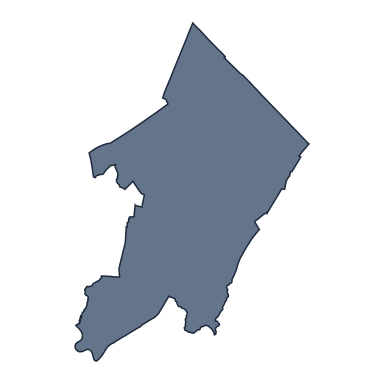 the district of Vi Thuy, Hau Giang, Vietnam
{"feature_id": "81297802B65836895267297", "entity_name": "Vi Thuy", "entity_type": "district", "adm_level": 2, "iso_a3": "VNM", "parent_name": "Vietnam", "parent_adm1": "Hau Giang", "projection": "robinson", "projection_center": [105.508, 9.801], "detail": "fine", "context": "isolated", "style": "filled", "palette": "slate", "viewbox_px": 384, "rotation_deg": 0, "n_neighbors": 0, "source": "geoboundaries", "source_scale": "gbopen_adm2", "svg_char_len": 5882}
<svg xmlns="http://www.w3.org/2000/svg" viewBox="0 0 384 384"><path d="M192.8,23.0L189.4,31.2L184.5,43.5L176.7,62.5L170.9,76.9L164.5,92.3L162.7,98.1L165.8,99.3L168.0,104.0L155.6,113.0L142.7,122.0L129.8,130.8L116.8,139.1L109.9,143.4L107.1,143.6L101.6,145.5L98.1,147.1L94.8,148.9L93.2,150.0L89.1,153.0L90.7,159.0L92.3,168.5L93.3,175.6L93.6,177.0L95.5,177.6L96.1,176.1L96.5,175.6L97.5,175.3L98.5,175.3L99.7,174.6L102.3,174.4L103.0,174.2L103.8,173.3L105.0,171.5L105.3,171.0L106.1,170.0L110.6,165.6L113.3,165.2L115.6,164.6L115.2,165.8L115.1,167.0L115.5,168.0L116.0,168.7L116.1,169.0L116.3,169.8L117.1,171.5L117.8,173.4L117.9,174.3L117.6,176.0L117.4,176.7L117.4,177.1L117.6,177.7L117.6,178.1L117.4,178.4L116.9,178.7L116.4,179.5L116.6,181.4L117.0,182.4L117.4,183.0L118.0,183.7L119.2,184.7L119.4,185.3L119.4,186.2L119.8,186.8L120.4,187.2L121.6,187.4L122.8,188.0L124.9,189.4L133.0,181.3L138.9,190.3L141.0,193.1L142.6,194.2L144.4,194.9L144.2,195.8L143.7,198.2L142.5,203.7L142.0,206.6L142.0,207.0L141.0,206.9L139.2,206.4L135.6,205.5L135.4,205.4L135.2,205.1L134.2,214.2L133.8,216.8L129.5,217.0L129.4,218.6L128.7,218.7L128.5,222.2L127.3,222.5L127.1,227.1L126.3,226.8L125.3,242.7L121.2,259.2L119.0,268.4L119.0,269.1L119.1,271.3L119.6,276.9L119.2,277.1L112.3,276.8L111.8,276.5L101.9,276.0L101.4,276.1L101.2,276.5L101.4,277.6L101.4,278.0L101.2,278.3L100.2,278.8L99.8,279.3L99.2,280.4L99.0,280.6L98.6,280.8L98.0,281.0L96.3,281.8L95.4,282.5L93.9,283.2L93.2,283.7L92.8,284.2L92.3,285.3L92.1,285.6L91.6,286.0L90.2,286.3L89.0,286.4L88.6,286.9L88.1,286.9L87.4,286.4L87.1,286.4L86.9,286.5L86.0,287.9L85.1,289.0L84.7,289.7L84.7,290.1L85.3,291.4L85.3,291.8L84.9,293.1L84.9,293.9L85.9,295.2L87.2,295.7L88.2,296.7L88.3,297.2L88.0,298.4L87.9,299.5L88.3,299.8L88.4,300.1L87.8,300.5L87.6,301.0L87.4,301.9L87.1,302.7L87.0,305.2L86.7,306.0L86.3,306.3L86.3,306.7L86.1,307.3L85.3,308.9L85.1,309.0L84.5,309.2L84.2,309.5L84.2,309.9L84.4,310.2L84.4,310.3L83.9,310.7L83.7,311.4L83.2,311.7L83.0,312.5L82.4,312.8L82.2,313.1L81.7,314.9L81.5,315.2L81.3,315.4L80.6,315.7L80.6,315.9L81.5,316.4L81.8,316.8L81.8,317.0L81.7,317.3L80.7,317.1L80.4,317.1L80.3,317.3L80.4,317.6L81.0,318.1L81.0,318.4L80.8,318.6L79.8,318.8L79.7,318.9L79.7,319.2L80.1,319.5L80.3,320.0L80.3,320.3L80.1,320.4L79.5,320.4L79.3,320.5L79.5,321.0L80.1,321.6L79.4,322.4L79.4,322.6L79.5,322.7L79.8,322.9L79.7,323.1L79.4,323.3L78.6,323.4L78.4,324.1L77.8,324.1L77.4,324.7L76.3,324.8L76.2,324.9L75.9,325.6L77.8,327.4L79.6,329.3L81.2,331.6L81.7,332.4L82.3,334.4L82.5,335.1L82.2,338.1L81.9,338.9L80.9,340.0L79.7,341.1L77.3,342.4L75.8,343.8L75.3,345.0L75.0,346.5L75.2,347.4L75.6,348.6L76.0,349.4L76.6,350.2L77.9,351.1L78.7,351.6L79.6,351.7L80.8,351.7L82.2,351.6L86.5,349.6L87.3,349.4L88.2,349.4L88.9,349.5L90.5,350.4L90.9,350.9L91.4,351.6L92.3,353.5L93.9,359.2L94.7,360.5L95.3,360.8L95.8,360.9L96.5,361.0L96.8,360.8L97.5,360.4L99.6,358.4L102.4,355.0L106.6,348.2L108.0,346.4L110.4,344.5L112.7,343.1L114.3,342.6L115.6,341.4L116.3,340.9L117.9,340.1L120.0,338.7L122.8,337.0L125.6,335.5L130.5,332.4L137.7,328.1L139.6,327.1L141.0,326.2L141.9,325.0L148.2,321.1L153.3,318.1L155.1,316.9L157.0,315.2L158.1,314.0L158.9,313.0L169.0,296.0L169.5,296.7L170.1,296.9L170.7,297.2L171.4,297.3L174.7,298.6L175.0,298.8L175.2,299.3L175.4,300.8L175.7,301.2L176.5,301.9L177.0,303.1L177.6,305.0L177.9,305.7L178.3,306.1L178.9,306.5L180.5,306.9L181.0,307.0L181.6,307.9L181.8,308.1L182.2,308.3L183.7,308.6L184.4,309.0L185.7,310.1L186.5,311.4L187.1,312.7L187.2,313.2L187.0,314.7L186.3,315.7L186.4,316.9L186.3,317.6L186.0,318.2L185.6,318.6L185.4,318.9L185.4,319.7L185.7,322.5L185.6,323.2L185.3,324.3L185.3,324.7L185.7,326.0L184.6,327.1L184.3,327.5L184.4,328.4L184.8,329.1L184.9,330.0L185.1,330.2L185.4,330.4L186.5,330.7L188.9,332.3L189.7,332.3L190.3,332.2L190.6,332.2L191.2,332.8L191.5,333.0L192.1,333.0L193.1,333.2L193.5,333.2L193.9,333.0L194.5,332.5L195.7,331.5L197.0,330.7L197.6,329.9L198.4,329.7L199.2,329.9L199.6,329.7L199.9,329.4L200.3,328.6L200.3,327.7L200.5,327.4L201.6,326.9L202.9,326.5L205.4,325.4L206.5,325.4L207.9,325.8L210.2,327.6L211.3,328.6L212.4,329.9L213.9,332.6L214.4,334.8L215.7,334.2L216.0,332.6L216.1,331.2L215.5,330.2L215.3,329.6L215.4,328.8L215.8,328.0L216.4,327.1L216.8,326.7L218.3,326.0L218.9,325.5L219.2,325.1L219.4,324.7L219.4,324.2L219.2,323.8L218.7,323.2L218.0,322.6L217.3,321.4L217.0,321.1L216.6,321.1L215.8,321.3L215.6,321.2L215.4,320.9L215.2,320.6L215.2,320.2L215.4,319.3L216.1,318.3L216.4,317.5L216.8,317.3L217.3,317.2L217.7,317.0L221.3,310.8L222.4,309.9L222.6,309.5L222.8,309.1L222.8,308.7L222.5,307.9L222.5,307.3L222.7,306.9L223.8,305.0L225.2,301.7L226.4,300.2L226.6,299.2L226.6,298.8L226.7,298.2L227.1,297.7L228.0,297.1L228.4,296.2L228.4,295.7L228.2,294.5L227.0,291.7L226.9,291.2L227.0,290.9L227.6,290.4L227.7,290.2L227.8,289.9L227.7,289.6L227.0,288.5L226.9,288.1L226.7,286.8L226.7,286.3L226.8,285.9L227.0,285.5L227.5,285.3L228.9,284.9L229.2,284.5L229.7,283.6L230.0,283.4L231.1,283.1L231.6,282.7L231.8,282.3L232.0,281.4L232.0,279.3L232.5,278.6L232.9,277.8L233.2,277.0L234.4,274.7L235.0,272.8L236.0,270.7L237.1,267.1L238.0,263.9L239.8,259.1L240.2,258.3L246.8,246.6L248.8,243.6L251.9,238.6L258.3,230.6L259.4,229.5L258.1,227.6L254.6,221.6L255.2,221.0L258.2,218.9L259.8,217.5L263.4,214.6L266.4,212.5L267.0,213.6L268.5,210.8L277.8,195.5L281.4,189.4L281.6,189.0L281.8,189.1L284.6,189.2L286.2,181.2L287.2,179.3L289.0,176.4L289.6,176.2L290.5,171.7L291.9,171.7L295.5,165.7L299.9,158.5L300.7,156.8L298.9,156.0L302.3,151.7L309.0,143.9L308.2,143.4L299.6,134.4L298.3,132.9L294.5,129.1L293.1,127.5L290.9,125.5L289.4,123.7L282.2,116.2L280.4,114.4L275.2,109.0L272.8,106.6L271.0,104.7L269.1,102.8L268.5,102.1L263.1,96.5L261.7,95.1L257.4,90.3L254.8,87.7L249.2,81.7L244.8,77.2L244.3,76.6L241.9,74.5L240.9,74.1L224.1,57.7L225.3,56.9L225.3,56.7L220.5,51.6L219.9,51.2L218.7,50.0L208.3,39.4L199.7,30.0L197.3,27.8L192.8,23.0Z" fill="#64748b" stroke="#1e293b" stroke-width="1.5"/></svg>